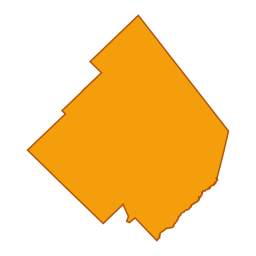 outline of Saavedra, Buenos Aires, Argentina
{"feature_id": "61730980B51540343691170", "entity_name": "Saavedra", "entity_type": "district", "adm_level": 2, "iso_a3": "ARG", "parent_name": "Argentina", "parent_adm1": "Buenos Aires", "projection": "robinson", "projection_center": [-62.205, -37.742], "detail": "fine", "context": "isolated", "style": "filled", "palette": "amber", "viewbox_px": 256, "rotation_deg": 0, "n_neighbors": 0, "source": "geoboundaries", "source_scale": "gbopen_adm2", "svg_char_len": 5291}
<svg xmlns="http://www.w3.org/2000/svg" viewBox="0 0 256 256"><path d="M138.3,15.4L90.1,61.6L101.5,72.8L82.3,90.9L82.5,91.1L62.0,110.7L65.4,113.9L27.5,150.1L65.3,187.0L103.2,223.5L123.2,204.3L123.6,205.8L124.7,208.2L128.4,216.2L126.8,221.3L129.5,222.6L135.1,217.9L156.8,240.6L157.0,240.5L157.1,240.4L157.2,240.2L157.3,239.9L157.4,239.6L157.7,239.4L157.9,239.1L158.2,239.1L158.4,238.9L158.7,238.5L158.9,238.3L159.1,238.1L159.3,237.8L159.3,237.7L159.6,237.7L159.8,237.2L159.6,237.0L159.3,236.7L159.1,236.4L159.1,236.1L159.1,235.9L159.3,235.6L159.5,235.5L160.0,235.5L160.1,235.2L160.1,234.7L159.8,234.3L159.8,234.0L159.8,233.8L160.2,233.2L160.3,233.0L160.5,232.8L160.8,232.6L161.0,232.4L161.6,231.9L161.9,231.7L162.5,231.6L162.7,231.4L163.2,230.9L163.4,230.7L163.6,230.6L163.8,230.6L164.0,230.5L164.4,230.3L164.6,230.0L164.8,229.8L164.9,229.4L165.1,229.2L165.4,228.9L165.7,228.7L165.9,228.5L166.1,228.5L166.4,228.7L166.6,228.5L166.9,228.3L167.2,228.3L167.8,228.1L168.3,228.1L168.6,228.0L169.1,227.8L169.3,227.8L169.5,227.7L169.6,227.9L169.8,228.0L170.1,227.9L170.4,227.8L170.7,227.8L171.0,227.7L171.6,227.7L172.2,227.5L172.5,227.4L172.8,227.1L173.1,226.9L173.2,226.7L173.2,226.4L173.5,226.5L173.6,226.4L173.8,226.1L173.7,225.7L173.6,225.4L173.8,225.3L173.9,225.2L173.9,224.9L173.8,224.7L173.9,224.4L174.0,224.2L174.5,223.9L174.8,223.9L175.0,223.7L175.2,223.4L175.6,222.8L175.6,222.6L175.8,222.4L176.0,222.1L176.3,221.7L176.8,221.1L177.0,220.9L177.0,220.6L176.9,220.3L176.9,220.1L177.2,220.0L177.5,219.9L177.7,219.7L177.9,219.3L178.1,219.0L178.3,218.9L178.2,218.6L178.0,218.2L178.2,217.5L178.2,217.2L178.3,217.0L178.5,216.9L178.7,217.0L178.9,217.0L178.9,216.5L178.9,216.3L179.1,216.3L179.4,216.2L179.9,215.9L180.0,215.7L180.3,215.3L180.5,215.3L180.6,215.0L180.7,214.8L180.7,214.6L180.8,214.0L180.8,213.8L181.0,213.6L181.3,213.5L181.5,213.5L181.6,213.3L181.6,213.2L181.9,212.9L182.4,212.7L182.6,212.5L182.9,212.4L183.1,212.3L183.4,212.1L183.7,212.0L184.0,212.0L184.1,211.8L184.2,211.6L184.4,211.5L184.4,211.3L184.4,211.0L184.5,210.9L185.0,210.7L185.3,210.4L185.5,210.3L185.8,210.1L186.1,209.9L186.3,209.9L186.5,209.7L186.6,209.9L187.1,209.9L187.3,209.9L187.4,209.7L188.0,209.6L188.3,209.5L188.5,209.3L188.8,209.2L189.1,209.1L189.3,208.9L189.4,208.6L189.4,208.4L189.5,208.3L189.7,208.1L189.8,207.9L189.9,207.7L190.0,207.4L189.9,207.3L189.9,207.1L190.1,207.1L190.3,206.9L190.6,206.8L190.8,206.8L191.1,206.9L191.3,206.8L191.4,206.6L191.4,206.4L191.3,206.1L191.2,205.9L191.0,205.7L191.3,205.4L191.3,205.1L191.6,205.0L191.8,205.0L192.2,204.7L192.3,204.5L192.2,204.4L192.2,204.2L192.4,204.1L192.7,204.1L192.7,203.9L192.8,203.9L193.0,203.9L193.3,203.9L193.5,203.8L193.6,203.6L193.8,203.5L194.0,203.7L194.3,203.6L194.5,203.5L194.7,203.2L194.6,202.8L194.8,202.7L195.2,202.5L195.5,202.3L195.8,202.4L196.0,202.4L196.1,202.2L196.4,202.1L196.5,202.3L196.7,202.2L196.9,201.8L197.0,201.6L197.2,201.4L197.4,201.4L197.6,201.3L197.7,201.1L197.8,201.0L197.9,200.9L198.1,200.8L198.3,200.7L198.3,200.1L198.5,200.1L198.8,200.2L199.0,199.8L199.0,199.6L198.9,199.3L198.8,199.0L198.8,198.8L198.9,198.7L199.1,198.7L199.5,198.6L199.5,198.3L199.4,198.3L199.3,198.2L199.2,198.1L198.9,198.1L198.7,198.1L198.7,197.8L198.8,197.7L198.8,197.4L198.7,197.3L198.6,197.1L198.9,196.9L199.0,196.9L199.1,197.0L199.2,196.9L199.3,196.8L199.5,196.8L199.7,197.1L199.7,197.3L199.8,197.4L200.0,197.2L200.3,197.0L200.4,196.9L200.5,196.7L200.6,196.8L200.8,196.8L200.8,196.6L200.8,196.4L200.9,196.0L200.9,195.8L200.9,195.7L201.0,195.7L201.1,195.4L201.2,195.2L201.4,195.2L201.5,195.1L201.8,194.9L202.0,194.7L202.1,194.2L202.2,193.8L202.3,193.6L202.2,193.3L202.3,193.0L202.3,192.8L202.2,192.7L201.8,192.7L201.7,192.5L201.7,192.2L201.9,192.1L202.2,192.0L202.4,192.0L202.7,191.9L202.9,191.8L202.9,191.6L202.9,191.4L202.9,191.2L203.0,191.0L203.2,190.9L203.4,190.9L203.7,191.0L203.9,191.0L204.2,191.0L204.7,191.1L205.0,191.1L205.1,190.8L205.3,190.5L205.4,190.2L205.5,189.9L205.7,189.7L205.8,189.6L206.1,189.6L206.4,189.7L206.9,189.6L207.8,189.5L207.9,189.3L208.0,189.2L208.4,189.0L208.5,188.8L208.4,188.7L208.1,188.5L208.1,188.3L208.2,188.2L208.4,188.1L208.6,188.1L208.9,188.1L208.9,188.3L208.9,188.6L209.1,188.7L209.3,188.7L209.3,188.4L209.2,188.3L209.1,188.1L209.0,187.8L209.1,187.6L209.5,187.6L209.9,187.9L210.1,188.0L210.3,188.0L210.5,187.8L210.5,187.6L210.3,187.5L209.9,187.3L209.7,187.2L210.0,186.7L210.4,186.6L210.6,186.6L210.9,186.4L211.1,186.1L211.2,185.9L211.4,185.8L211.6,185.5L211.9,185.3L212.1,185.2L212.4,185.3L212.6,185.3L212.8,185.5L213.0,185.6L213.4,185.4L213.5,185.2L213.5,184.7L213.7,184.2L213.8,184.1L214.0,184.3L214.1,184.6L214.4,184.7L214.6,184.5L214.6,184.4L214.5,184.2L214.4,184.2L214.2,184.1L214.2,183.8L214.2,183.7L214.4,183.2L214.6,183.1L214.7,182.8L214.9,182.8L215.2,183.1L215.4,183.2L215.6,183.1L215.7,182.9L215.8,182.8L215.8,182.6L215.5,182.2L215.5,181.9L216.0,181.8L216.3,181.7L216.4,181.4L216.5,181.2L216.8,180.6L217.0,180.4L217.4,180.2L217.0,179.9L216.9,179.8L216.8,179.7L216.7,179.6L216.8,179.4L217.3,179.2L217.3,178.9L217.2,178.9L216.8,178.8L216.6,178.8L216.5,178.7L216.6,178.4L217.0,178.3L217.1,178.2L216.9,177.9L216.8,178.0L216.7,178.0L216.4,178.0L216.4,177.9L216.4,177.7L216.5,177.6L217.0,177.3L217.1,177.2L217.3,176.9L223.1,154.1L228.5,131.1L138.3,15.4Z" fill="#f59e0b" stroke="#b45309" stroke-width="1.5"/></svg>